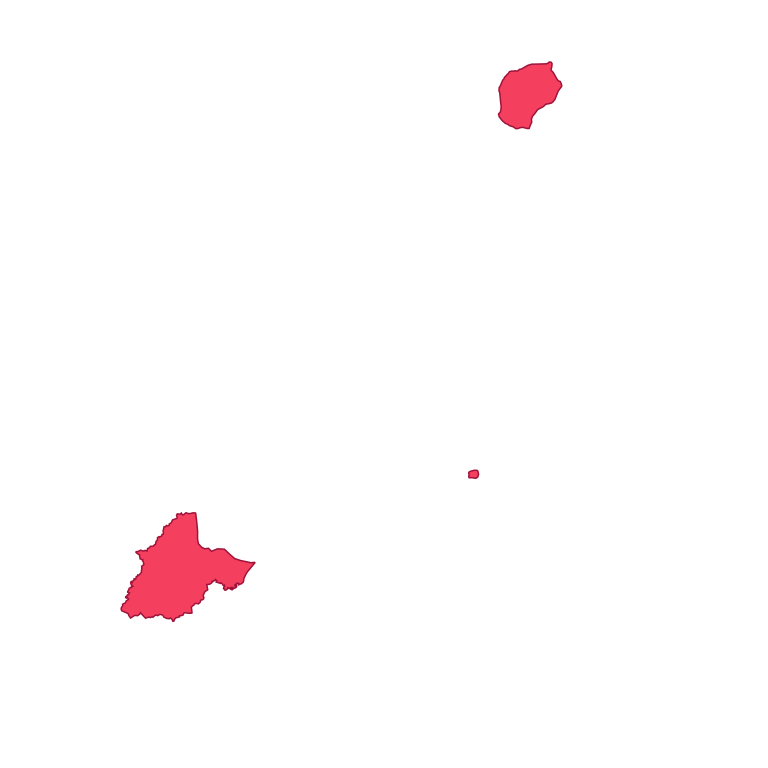 Mayagüez, Puerto Rico (Mercator projection), rotated 135°
{"feature_id": "32010507B39341524675779", "entity_name": "Mayagüez", "entity_type": "district", "adm_level": 2, "iso_a3": "PRI", "parent_name": "Puerto Rico", "parent_adm1": "", "projection": "mercator", "projection_center": [-67.308, 18.222], "detail": "fine", "context": "isolated", "style": "filled", "palette": "rose", "viewbox_px": 768, "rotation_deg": 135, "n_neighbors": 0, "source": "geoboundaries", "source_scale": "gbopen_adm2", "svg_char_len": 4336}
<svg xmlns="http://www.w3.org/2000/svg" viewBox="0 0 768 768"><g transform="rotate(135 384 384)"><path d="M623.7,437.7L624.4,436.1L625.3,435.4L629.6,437.4L630.7,437.0L632.7,436.3L634.8,436.9L635.9,435.9L637.4,436.6L637.8,437.8L639.9,437.7L640.4,438.6L644.3,436.2L644.8,435.1L646.4,433.9L647.3,434.6L648.9,433.7L649.5,434.1L651.1,434.4L651.0,435.1L652.7,435.6L654.3,434.0L655.1,434.0L656.7,433.8L658.5,432.5L659.0,432.2L659.9,432.6L661.8,432.5L664.1,434.5L665.3,434.0L667.5,434.8L669.7,433.5L670.6,435.3L672.1,435.8L673.7,438.7L676.4,439.5L677.8,440.7L678.4,440.4L678.4,439.0L677.7,435.9L678.3,435.5L679.2,434.0L680.1,432.9L678.9,430.1L679.8,429.8L679.7,428.8L681.5,426.1L684.3,426.5L685.3,425.3L686.5,424.1L687.6,423.6L688.6,422.3L692.7,422.2L693.2,423.1L694.4,422.3L695.3,423.0L697.3,421.7L697.8,421.7L698.4,423.0L700.0,422.0L701.7,422.6L702.5,421.9L702.5,423.0L703.5,422.8L704.3,421.5L704.4,421.4L704.5,420.9L704.6,418.7L705.6,419.5L706.1,418.7L708.3,419.7L708.9,419.6L710.5,418.8L712.0,418.5L712.5,417.9L711.7,416.3L713.7,415.7L714.5,416.3L715.5,415.9L717.1,416.2L717.7,415.7L717.5,414.7L716.3,414.2L717.0,412.4L719.6,412.9L721.2,412.3L722.3,412.3L724.6,413.1L725.5,412.0L728.2,411.4L729.2,410.5L729.8,409.0L728.0,404.6L727.3,402.4L728.2,400.5L728.7,397.7L724.0,396.7L722.0,394.4L719.6,394.0L718.0,394.5L718.2,386.9L717.1,386.6L716.0,385.8L715.1,385.5L714.4,384.1L712.8,383.5L712.4,382.5L710.0,382.3L708.5,381.8L707.8,380.2L705.2,379.5L703.9,377.0L704.5,374.8L703.4,371.9L701.9,369.9L700.6,369.7L700.3,367.5L701.1,365.5L700.0,364.9L698.8,365.6L696.7,365.9L693.2,363.9L692.5,364.7L689.8,362.7L687.5,363.5L686.5,363.0L684.0,359.7L682.0,358.0L681.6,357.9L677.9,362.5L677.7,362.4L676.5,362.5L674.6,362.1L674.0,362.5L672.3,362.1L670.7,359.8L668.6,359.6L666.4,360.7L664.5,359.6L663.4,359.7L662.4,360.3L661.8,361.8L661.1,362.5L657.4,363.8L654.2,363.1L651.1,367.5L648.9,365.7L646.4,365.2L644.9,366.0L644.8,365.3L643.3,365.1L642.4,364.5L641.5,365.0L641.2,363.2L642.7,362.6L641.7,360.7L640.7,358.7L639.9,358.8L639.7,356.7L640.1,355.8L639.8,354.6L639.1,354.5L640.0,353.4L640.8,353.7L642.1,352.9L642.1,351.6L641.3,351.8L642.3,351.0L641.7,350.1L639.1,349.7L638.5,350.4L637.9,348.7L637.0,348.7L637.5,347.3L637.0,345.9L636.0,345.8L636.6,346.9L635.7,348.0L635.1,347.6L634.8,345.6L632.9,344.8L631.7,344.8L630.5,345.8L632.2,346.3L631.7,347.3L630.8,347.4L629.9,346.7L628.6,347.1L627.9,345.7L628.6,344.6L627.6,344.6L626.6,343.7L623.9,343.4L622.3,344.1L621.9,344.5L620.7,345.5L615.9,347.2L613.2,347.8L602.7,348.8L601.8,348.8L601.8,349.6L604.5,351.7L606.3,354.6L609.9,360.1L610.0,360.2L610.3,360.7L612.2,364.5L613.0,365.9L613.2,368.5L613.2,369.4L613.5,372.5L613.5,373.3L613.6,378.5L613.7,380.1L618.2,385.1L618.3,385.2L620.9,386.3L621.0,386.3L624.3,387.7L624.3,390.0L624.3,391.3L624.3,392.0L627.1,394.1L627.3,394.3L627.4,394.6L627.5,394.9L628.4,397.6L628.3,399.7L628.2,402.2L627.8,402.8L626.4,404.9L625.5,406.1L622.6,409.1L620.7,410.9L620.0,411.6L616.9,415.3L615.0,417.6L613.4,419.6L612.2,421.0L611.9,421.5L609.8,424.2L608.5,425.8L608.5,426.1L610.2,428.0L612.9,429.6L613.8,430.5L615.1,433.0L618.1,433.3L618.9,433.7L619.0,434.5L618.5,436.0L620.4,436.3L622.0,438.4L623.7,437.7ZM38.7,491.6L38.2,493.1L39.5,494.9L41.1,494.8L42.5,495.5L42.9,495.7L48.4,500.9L50.6,503.0L53.4,505.7L56.9,507.6L61.5,508.9L64.0,509.5L65.9,510.8L67.3,510.7L68.8,511.2L69.6,512.6L71.4,513.8L72.3,514.9L74.4,516.1L76.5,515.7L78.1,515.8L79.4,515.6L82.0,515.7L83.2,515.0L85.3,514.9L89.1,513.3L91.5,512.4L92.9,512.2L95.4,510.0L96.2,508.1L99.0,504.7L102.2,500.9L104.4,498.0L106.8,495.7L109.6,494.0L111.5,494.0L112.2,493.9L113.6,491.4L114.2,486.7L113.9,482.5L112.9,480.3L112.6,478.0L110.7,474.3L110.2,471.3L108.6,469.9L106.9,469.2L104.5,467.5L102.2,463.6L101.1,462.3L100.5,462.1L98.3,463.2L94.4,464.7L92.6,466.9L90.8,467.8L89.8,468.3L85.9,468.6L81.3,469.4L75.3,467.5L71.8,467.4L67.5,464.5L65.6,464.0L64.9,464.1L62.1,464.3L58.7,465.8L54.1,467.8L52.6,468.1L50.1,468.5L48.4,468.7L47.4,469.2L46.8,470.2L46.1,471.5L45.5,473.3L46.4,475.3L45.9,478.1L44.7,482.2L44.0,484.9L44.0,487.2L43.2,488.6L41.5,489.3L38.7,491.6ZM379.2,256.2L379.2,257.0L380.8,258.9L383.5,260.5L384.6,261.2L385.0,261.3L386.2,261.6L387.2,261.1L387.9,259.7L389.7,258.5L390.1,257.5L388.7,256.2L387.4,254.7L385.8,252.4L383.6,251.9L380.9,253.3L379.3,255.9L379.2,256.2Z" fill="#f43f5e" stroke="#9f1239" stroke-width="1.5"/></g></svg>